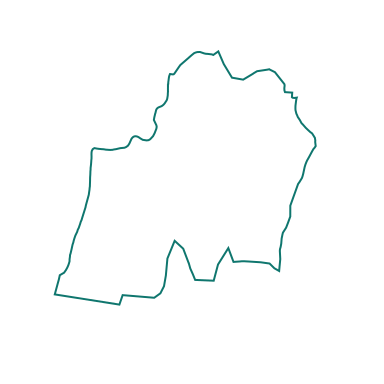 Majz, Sa`dah, Yemen, rotated 199°
{"feature_id": "15242507B76983038584557", "entity_name": "Majz", "entity_type": "district", "adm_level": 2, "iso_a3": "YEM", "parent_name": "Yemen", "parent_adm1": "Sa`dah", "projection": "equal_earth", "projection_center": [43.539, 17.146], "detail": "fine", "context": "isolated", "style": "outline", "palette": "teal", "viewbox_px": 384, "rotation_deg": 199, "n_neighbors": 0, "source": "geoboundaries", "source_scale": "gbopen_adm2", "svg_char_len": 3719}
<svg xmlns="http://www.w3.org/2000/svg" viewBox="0 0 384 384"><g transform="rotate(199 192 192)"><path d="M130.0,139.4L123.9,142.0L123.7,142.1L122.4,142.7L120.5,143.4L115.9,144.7L104.2,147.9L96.5,149.4L96.2,149.5L95.5,149.6L95.3,149.6L89.3,146.7L83.9,145.7L86.7,157.3L89.8,165.0L90.2,166.6L90.3,168.8L90.8,172.2L92.1,177.2L92.4,179.6L92.6,181.0L92.7,182.0L92.8,183.1L91.4,188.9L91.2,194.1L91.1,200.8L94.6,211.1L94.3,234.1L93.6,236.5L93.0,239.2L92.6,241.1L92.6,242.8L92.7,244.3L92.8,245.6L93.0,247.2L93.6,252.2L93.7,254.9L93.6,257.6L93.4,259.5L93.1,261.0L92.6,263.8L92.3,265.7L91.7,269.4L91.2,272.1L90.5,273.8L90.0,275.7L91.8,279.4L92.2,280.9L93.5,283.3L93.9,283.6L94.1,283.7L94.5,284.1L97.5,286.5L99.4,287.1L99.5,287.1L101.1,287.8L102.7,288.5L104.2,289.2L105.3,289.7L107.4,290.9L108.8,291.7L108.9,291.8L110.8,292.7L111.8,293.6L113.4,295.1L114.7,296.1L114.9,296.3L116.1,297.1L117.2,298.3L117.5,298.7L118.8,300.0L120.8,303.1L121.5,304.9L122.2,307.1L122.5,308.4L123.2,311.7L123.6,314.0L123.7,315.0L123.7,315.3L125.1,314.6L125.9,314.2L126.6,314.1L127.4,313.9L128.0,314.0L128.4,314.2L129.6,318.6L136.6,316.7L137.7,318.2L138.5,320.2L139.0,322.5L139.3,323.3L139.8,324.1L152.6,332.3L157.1,332.9L158.7,333.1L158.9,333.2L160.8,332.1L166.9,328.9L169.8,327.4L172.5,324.2L172.8,323.7L180.2,314.9L180.8,314.8L190.3,313.3L191.4,313.1L203.6,323.3L212.9,333.5L216.5,328.5L218.0,328.6L219.3,328.3L220.7,328.0L222.1,327.7L223.9,327.2L225.6,327.0L227.2,327.0L228.6,327.0L230.0,327.0L232.6,326.0L233.9,325.1L235.1,324.1L236.8,321.4L244.4,308.2L245.2,305.5L247.2,298.2L247.7,297.3L248.6,296.9L251.2,296.4L251.3,294.8L251.2,293.3L250.9,291.7L250.5,289.8L250.2,288.2L249.9,287.2L249.8,286.8L249.8,286.5L249.7,286.5L249.3,284.4L249.2,284.3L249.1,284.1L248.6,282.5L248.3,281.6L248.0,280.8L247.8,280.1L247.6,279.7L247.5,279.3L247.4,279.2L247.2,278.3L247.0,277.5L246.5,275.9L246.3,275.1L246.1,273.9L245.8,272.1L245.8,270.4L246.3,268.5L246.5,267.6L246.7,266.9L247.0,266.1L247.4,265.2L247.5,265.0L247.7,264.7L248.3,263.8L248.4,263.7L248.6,263.4L248.9,263.1L251.1,261.2L251.8,260.4L252.4,259.2L252.6,257.7L252.5,256.8L252.4,255.6L252.3,255.1L252.3,253.6L252.2,253.0L252.0,250.9L251.9,250.0L251.7,248.9L251.5,247.7L247.4,243.5L246.6,242.1L246.3,240.2L246.5,235.4L247.0,232.1L248.7,228.3L249.9,226.9L251.7,226.0L255.6,225.3L258.4,225.9L260.5,226.5L262.0,226.6L263.4,226.4L264.7,225.8L265.8,224.5L266.5,222.8L267.0,217.4L267.6,215.0L268.9,213.1L270.2,211.9L271.5,211.3L272.8,210.7L274.1,210.1L275.4,209.3L276.8,208.4L277.9,207.7L279.5,206.9L281.1,205.9L282.9,205.2L284.2,204.8L285.8,204.4L287.2,204.0L288.6,203.8L290.1,203.5L291.4,203.1L292.8,202.8L294.3,202.4L294.5,202.4L295.0,202.3L295.9,202.1L297.3,201.9L298.6,201.7L299.8,200.2L299.9,199.5L300.1,198.4L300.1,198.0L299.8,196.5L299.3,194.9L298.6,193.0L297.9,190.9L297.5,189.1L297.0,187.3L296.5,185.4L296.1,183.6L295.7,181.7L295.2,180.2L294.8,178.5L294.3,176.9L293.7,174.9L293.2,173.0L292.7,171.4L292.1,169.6L291.6,168.0L291.0,166.0L290.4,164.1L290.1,162.5L289.6,160.5L289.3,158.8L288.9,156.8L288.7,155.9L288.0,145.0L287.7,142.8L287.7,142.6L287.4,131.7L287.3,129.5L287.5,127.5L287.4,125.6L287.4,121.1L287.7,119.2L287.6,117.0L288.1,112.8L288.1,109.8L288.0,107.4L287.8,105.7L287.8,103.4L287.6,101.7L287.4,100.0L287.3,99.2L287.2,98.3L286.8,94.3L286.8,92.7L286.3,90.9L285.9,88.7L285.2,86.5L285.1,84.0L285.1,82.4L285.3,79.9L285.8,77.1L286.7,74.0L288.2,72.3L289.9,70.3L289.5,66.7L289.4,65.8L289.2,62.4L288.4,50.5L224.0,61.9L224.0,71.9L193.3,79.7L188.9,85.9L187.8,93.8L189.5,104.4L193.6,121.1L192.5,140.2L182.2,135.7L181.8,135.5L176.9,129.6L172.0,123.7L171.9,123.7L168.7,119.1L164.3,114.4L160.4,109.9L142.6,115.2L143.8,131.9L139.4,150.8L130.0,139.4Z" fill="none" stroke="#0f766e" stroke-width="2"/></g></svg>